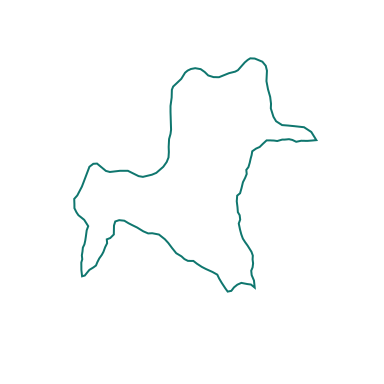 Florínea, São Paulo, Brazil (Natural Earth projection), rotated 156°
{"feature_id": "56859067B78731912256426", "entity_name": "Florínea", "entity_type": "district", "adm_level": 2, "iso_a3": "BRA", "parent_name": "Brazil", "parent_adm1": "São Paulo", "projection": "natural_earth1", "projection_center": [-50.688, -22.869], "detail": "fine", "context": "isolated", "style": "outline", "palette": "teal", "viewbox_px": 384, "rotation_deg": 156, "n_neighbors": 0, "source": "geoboundaries", "source_scale": "gbopen_adm2", "svg_char_len": 2209}
<svg xmlns="http://www.w3.org/2000/svg" viewBox="0 0 384 384"><g transform="rotate(156 192 192)"><path d="M326.7,159.7L323.9,159.3L321.0,160.8L317.4,162.6L312.8,163.2L309.6,163.9L307.1,166.3L303.8,169.0L299.9,171.3L297.3,173.3L293.8,176.9L290.4,179.7L289.1,183.4L285.4,183.2L280.7,185.0L276.9,193.1L274.1,196.3L270.0,195.9L265.5,193.3L262.7,189.3L260.2,186.2L256.6,181.9L252.5,175.9L248.9,172.0L245.1,170.5L239.5,166.6L236.0,159.9L234.4,155.1L233.0,148.9L231.3,142.5L227.8,137.5L226.2,133.8L223.7,130.7L218.8,128.5L216.6,124.4L213.5,119.6L210.7,116.1L205.8,110.6L202.5,106.2L202.4,102.0L201.8,96.9L200.7,90.2L199.9,86.5L196.3,85.7L192.4,87.8L188.3,88.9L183.9,88.9L178.9,85.4L175.8,83.5L173.6,79.2L171.4,85.9L171.3,91.8L169.9,96.0L167.3,98.5L165.2,102.0L164.1,105.7L162.3,109.2L162.0,113.2L163.0,120.4L163.9,124.7L164.5,128.7L164.2,133.2L163.4,138.2L162.1,144.2L159.2,147.2L157.9,151.4L158.3,154.9L156.6,159.7L154.9,165.3L152.2,170.3L148.6,171.3L145.1,175.5L141.5,180.2L137.6,183.4L134.7,186.2L133.4,190.1L130.3,191.8L127.4,195.2L124.8,198.7L122.5,201.5L120.4,204.7L115.8,205.6L111.9,205.6L107.9,207.1L102.9,208.8L99.1,207.1L96.1,205.6L93.4,203.9L88.4,203.2L85.8,202.1L81.9,200.8L79.1,198.7L76.4,195.5L71.4,194.4L65.9,191.8L61.7,190.3L57.3,188.8L58.6,198.3L63.3,205.6L71.7,210.5L77.5,213.8L82.5,216.5L86.4,222.4L87.0,227.6L86.0,236.3L83.9,240.5L81.9,247.1L80.8,254.9L78.9,263.0L74.2,272.3L73.3,277.3L74.7,282.4L80.4,288.4L84.4,290.4L87.4,290.0L91.1,288.9L100.5,284.6L103.6,284.4L109.9,285.5L120.7,285.9L125.6,288.2L129.8,291.9L131.6,296.5L134.1,300.7L138.7,303.8L142.9,304.8L146.6,304.7L149.8,303.8L155.8,299.7L166.3,296.0L168.8,293.6L172.2,286.5L176.6,279.4L179.1,273.8L185.8,257.4L188.0,253.8L191.4,249.7L195.0,242.6L196.9,237.9L199.4,233.1L202.9,229.7L208.0,226.7L216.8,224.0L221.6,224.1L230.7,225.8L234.3,228.2L242.0,237.5L249.3,240.7L258.9,243.7L262.1,246.3L267.2,256.6L270.7,257.9L275.4,256.8L287.1,245.0L290.4,241.7L298.2,235.5L302.4,233.6L304.3,228.9L306.0,225.0L305.8,220.4L305.2,217.0L301.8,210.4L300.7,203.0L303.8,199.8L307.0,194.6L309.3,191.0L311.6,187.9L314.3,185.6L316.3,182.1L318.4,178.9L319.6,175.2L321.8,172.6L324.8,165.7L326.7,159.7Z" fill="none" stroke="#0f766e" stroke-width="2"/></g></svg>